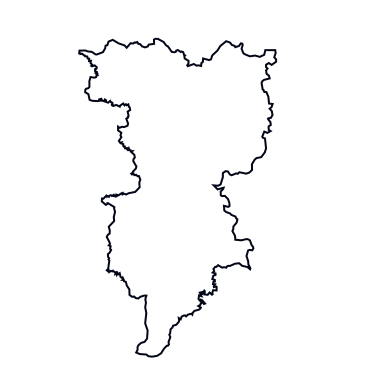 the district of Khao Kho, Phetchabun, Thailand, rotated 174°
{"feature_id": "78962969B71120844941830", "entity_name": "Khao Kho", "entity_type": "district", "adm_level": 2, "iso_a3": "THA", "parent_name": "Thailand", "parent_adm1": "Phetchabun", "projection": "mercator", "projection_center": [101.026, 16.687], "detail": "fine", "context": "isolated", "style": "outline", "palette": "ink", "viewbox_px": 384, "rotation_deg": 174, "n_neighbors": 0, "source": "geoboundaries", "source_scale": "gbopen_adm2", "svg_char_len": 6067}
<svg xmlns="http://www.w3.org/2000/svg" viewBox="0 0 384 384"><g transform="rotate(174 192 192)"><path d="M260.9,36.3L254.3,35.1L252.6,33.3L249.0,32.4L243.8,32.7L239.6,34.8L236.3,39.0L233.2,41.7L232.2,41.6L230.9,42.8L231.0,45.3L228.7,50.0L229.5,52.4L228.5,53.8L227.7,57.6L225.6,59.3L224.8,61.0L221.5,61.6L218.8,64.2L218.2,65.3L218.3,68.0L216.5,66.6L215.3,69.2L213.1,70.0L211.8,70.0L210.9,68.9L208.8,70.5L205.3,71.0L204.5,70.0L203.9,71.8L202.0,73.5L197.0,74.4L195.8,75.3L195.3,76.1L197.6,77.9L195.5,78.8L195.4,79.6L193.4,81.1L192.7,81.0L191.9,79.4L190.7,79.7L193.3,83.4L194.2,83.9L194.4,82.5L195.0,82.3L196.7,85.0L195.8,88.4L193.5,87.4L194.8,91.1L194.0,91.2L193.4,89.9L192.5,90.1L191.9,88.8L192.1,91.5L190.8,91.6L190.1,92.6L189.6,91.9L190.4,88.9L187.2,88.1L185.0,90.2L182.9,87.8L182.1,88.3L182.4,89.4L181.3,92.1L177.9,91.5L177.4,94.9L177.8,95.5L180.1,95.1L180.2,96.0L178.7,97.8L180.7,98.2L180.0,100.6L178.6,100.6L178.5,102.2L180.9,103.3L179.5,106.6L177.3,107.0L177.1,108.5L179.8,109.7L178.2,111.0L178.7,113.2L176.8,115.1L175.6,115.0L173.7,116.5L169.9,113.6L168.2,113.9L165.7,113.2L165.0,114.3L163.4,114.8L162.0,114.5L156.7,116.2L152.5,116.2L149.9,113.4L144.7,111.6L142.3,109.1L141.9,110.0L143.5,114.1L143.4,117.4L144.5,122.6L142.3,128.0L140.9,128.4L138.2,127.7L136.8,129.5L137.1,131.1L138.4,133.4L139.4,137.8L140.9,138.9L142.5,139.5L148.0,138.8L153.9,140.0L153.8,143.9L155.9,149.0L154.8,150.7L154.5,153.3L150.8,156.9L149.7,160.1L150.8,161.2L151.4,163.1L155.2,165.1L156.4,166.7L160.1,168.5L161.8,170.2L161.7,174.9L157.5,173.4L156.1,174.2L156.0,177.4L156.9,181.2L159.7,184.7L162.6,184.8L163.7,185.7L163.4,189.5L160.6,191.8L160.1,193.0L166.2,191.9L169.7,196.3L165.5,195.5L162.8,196.5L159.8,203.4L159.3,207.6L156.5,209.2L154.2,208.7L152.5,205.5L150.8,204.5L146.2,205.9L144.7,205.3L142.8,206.7L136.3,204.6L133.0,205.3L130.0,207.6L129.5,213.3L126.4,217.5L124.3,219.0L119.5,219.4L115.4,223.9L113.8,227.6L113.8,237.6L116.0,238.7L116.3,239.8L113.8,244.5L110.8,242.9L107.5,244.4L109.1,245.5L109.1,248.3L108.9,249.2L106.6,250.5L106.7,253.3L108.8,256.7L108.4,257.3L105.9,257.4L103.9,260.1L104.2,264.2L106.1,266.7L104.0,268.1L102.6,271.1L106.1,271.9L106.1,278.8L107.6,283.6L109.7,284.0L110.2,286.0L111.0,286.5L111.4,293.3L110.5,294.8L108.6,296.0L102.9,296.8L103.3,299.6L105.5,301.8L105.6,305.2L104.0,306.9L105.3,308.6L105.0,310.9L102.1,312.2L99.5,310.1L94.7,312.8L94.5,315.1L96.1,317.4L94.3,321.4L94.4,324.4L104.3,325.4L105.8,320.9L110.5,319.3L115.0,321.1L120.3,320.9L125.6,323.8L126.6,325.1L127.7,329.4L126.2,332.8L126.5,334.3L127.9,334.7L130.0,332.3L133.8,331.5L134.2,332.8L137.0,334.1L138.5,336.6L142.2,338.4L148.5,334.3L152.0,329.9L157.6,325.7L159.2,322.0L161.2,321.4L167.0,323.6L167.6,320.2L169.2,319.2L169.8,316.4L172.4,317.3L174.3,317.2L176.8,319.1L183.0,317.6L183.5,318.5L182.1,320.2L181.7,322.8L185.3,325.5L185.4,327.8L184.7,328.5L185.5,328.8L186.1,332.0L187.5,332.8L188.5,332.4L191.1,334.6L192.9,334.3L193.5,333.1L195.1,332.8L197.5,333.5L200.7,339.3L202.5,340.6L204.5,344.1L209.8,347.8L212.5,348.2L213.9,347.5L214.2,343.3L219.6,343.1L220.8,341.4L223.5,340.7L226.5,342.1L228.1,344.5L229.9,345.0L230.8,346.9L232.3,346.3L233.2,346.8L235.0,345.8L237.5,346.4L241.9,342.3L243.7,344.8L249.5,347.5L254.9,351.6L259.3,350.3L260.8,346.9L262.6,346.6L263.4,343.9L265.9,340.4L272.3,338.7L273.6,339.0L277.1,341.9L280.8,342.6L283.0,343.8L289.1,344.4L289.7,341.7L288.5,341.5L288.5,340.9L286.6,340.9L285.4,339.4L284.3,339.0L284.2,338.2L282.0,337.7L281.8,335.7L280.3,335.3L280.7,333.0L278.8,333.0L279.5,331.0L277.9,329.0L279.0,328.0L278.2,327.4L275.6,328.1L273.7,326.1L274.1,324.6L275.5,324.4L275.8,322.4L274.1,321.4L274.0,320.8L275.1,320.4L274.0,319.8L274.7,319.2L273.6,318.1L274.9,317.5L275.4,316.3L277.0,315.9L280.9,316.9L282.5,312.9L283.0,307.3L284.2,306.1L286.7,305.7L287.5,304.5L287.8,302.4L284.8,300.1L284.2,294.4L281.6,293.1L275.9,292.2L274.8,292.4L274.6,293.9L273.7,294.0L273.8,292.5L272.9,292.3L272.2,293.5L271.7,292.3L269.9,291.4L269.0,293.1L267.9,292.2L268.2,290.6L266.1,289.6L263.9,291.1L263.7,290.3L261.9,289.1L261.7,287.7L262.6,287.5L262.5,286.6L261.3,285.8L258.2,286.5L254.9,284.4L254.5,285.4L251.2,287.2L250.1,285.2L248.6,286.2L247.8,285.1L246.2,285.8L245.8,283.2L245.1,282.7L244.9,280.0L247.6,278.7L247.1,274.3L247.9,273.6L247.8,272.7L249.7,271.8L248.4,266.8L249.2,264.6L252.6,263.7L254.8,264.2L257.3,263.4L258.7,264.7L259.1,261.0L256.1,258.3L257.2,255.8L256.5,253.9L259.4,250.5L258.3,248.5L256.7,248.7L257.3,247.7L255.3,246.8L255.6,245.4L255.2,244.3L254.1,244.3L254.0,242.5L252.2,242.4L252.4,241.6L251.4,240.5L250.3,242.1L249.8,240.2L248.7,239.9L248.7,238.8L247.1,238.8L248.0,238.0L245.4,234.8L245.3,232.2L246.6,231.0L247.2,228.9L244.6,223.2L245.4,221.2L248.6,218.4L249.5,216.8L250.4,216.6L250.0,215.8L248.2,216.2L248.2,215.4L247.0,214.6L245.9,215.0L244.4,213.4L243.1,213.4L242.1,209.6L243.4,207.0L243.6,202.1L248.5,198.0L255.2,197.4L257.7,196.4L259.9,197.4L261.0,197.0L261.0,197.9L261.7,197.4L262.0,198.2L265.2,196.5L266.9,197.1L266.6,196.1L268.2,195.4L268.9,196.7L269.7,195.9L270.8,196.3L270.7,197.1L272.0,196.4L273.0,197.3L274.6,196.9L275.1,195.9L276.6,196.9L277.1,196.3L277.6,197.3L280.8,194.6L282.2,194.9L282.7,192.1L279.0,188.2L277.2,189.1L277.2,189.7L276.5,189.5L270.8,185.1L271.2,184.0L270.6,180.3L272.4,175.3L272.4,171.3L278.4,166.2L277.8,162.2L278.3,159.2L280.2,158.2L281.5,156.2L279.2,150.4L279.0,148.9L280.3,147.6L278.6,146.6L279.4,144.0L278.5,142.8L280.4,140.1L282.1,139.0L282.3,136.4L281.3,134.7L282.1,133.6L281.4,132.4L283.4,124.4L284.9,123.0L283.5,121.7L283.1,122.3L283.7,123.2L283.1,123.7L282.7,121.0L281.0,122.0L279.6,121.4L278.8,122.0L277.0,120.0L276.0,120.2L276.8,118.4L275.6,118.8L275.4,117.6L274.4,119.1L273.8,117.9L272.4,118.8L272.0,115.2L270.5,113.7L269.9,114.2L269.2,112.3L270.1,111.8L269.1,111.6L269.0,110.5L267.2,109.5L266.6,105.7L264.5,101.7L264.9,96.2L262.5,94.0L260.4,94.1L259.1,92.4L256.5,91.7L254.3,93.2L250.3,94.0L248.2,93.7L249.6,90.4L249.4,86.5L250.6,82.3L250.1,76.3L252.3,66.3L250.6,58.9L252.0,50.9L254.8,47.9L258.5,47.2L261.4,45.1L262.3,43.6L262.7,40.5L264.3,38.2L260.9,36.3Z" fill="none" stroke="#020617" stroke-width="2"/></g></svg>